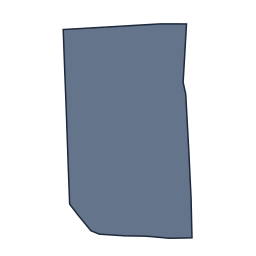 outline of Prampir Meakkakra, Phnom Penh, Cambodia, rotated 4°
{"feature_id": "14789045B12201712082665", "entity_name": "Prampir Meakkakra", "entity_type": "district", "adm_level": 2, "iso_a3": "KHM", "parent_name": "Cambodia", "parent_adm1": "Phnom Penh", "projection": "equal_earth", "projection_center": [104.914, 11.564], "detail": "fine", "context": "isolated", "style": "filled", "palette": "slate", "viewbox_px": 256, "rotation_deg": 4, "n_neighbors": 0, "source": "geoboundaries", "source_scale": "gbopen_adm2", "svg_char_len": 418}
<svg xmlns="http://www.w3.org/2000/svg" viewBox="0 0 256 256"><g transform="rotate(4 128 128)"><path d="M199.5,233.1L195.8,193.5L190.3,146.9L183.2,90.1L179.8,78.6L179.1,20.1L152.8,21.9L56.5,34.3L60.4,70.8L61.6,82.0L64.6,109.3L71.0,169.9L75.1,208.0L84.3,218.4L98.2,233.1L106.8,235.9L132.1,235.8L152.1,234.7L157.8,234.7L176.6,235.1L192.2,233.8L199.5,233.1Z" fill="#64748b" stroke="#1e293b" stroke-width="1.5"/></g></svg>